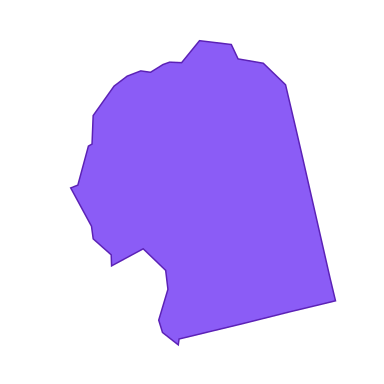 Marion, Tennessee, United States of America, rotated 256°
{"feature_id": "52423323B8492210965079", "entity_name": "Marion", "entity_type": "district", "adm_level": 2, "iso_a3": "USA", "parent_name": "United States of America", "parent_adm1": "Tennessee", "projection": "albers", "projection_center": [-85.609, 35.151], "detail": "fine", "context": "isolated", "style": "filled", "palette": "violet", "viewbox_px": 384, "rotation_deg": 256, "n_neighbors": 0, "source": "geoboundaries", "source_scale": "gbopen_adm2", "svg_char_len": 587}
<svg xmlns="http://www.w3.org/2000/svg" viewBox="0 0 384 384"><g transform="rotate(256 192 192)"><path d="M47.0,141.7L52.5,143.9L52.0,213.0L52.1,256.1L51.7,304.9L71.7,305.1L74.2,305.1L198.9,307.6L228.8,308.1L273.4,308.7L299.7,292.3L310.0,268.9L325.6,265.8L337.0,235.9L320.0,213.2L323.4,201.7L322.7,194.7L318.2,180.7L321.9,171.6L320.1,157.1L313.6,142.0L290.1,114.6L262.7,106.6L261.6,102.6L226.3,82.9L225.3,75.3L183.1,86.2L170.4,84.8L150.6,98.4L139.8,96.1L148.7,130.9L122.3,147.5L103.4,145.1L75.7,128.7L62.8,129.4L47.0,141.7Z" fill="#8b5cf6" stroke="#5b21b6" stroke-width="1.5"/></g></svg>